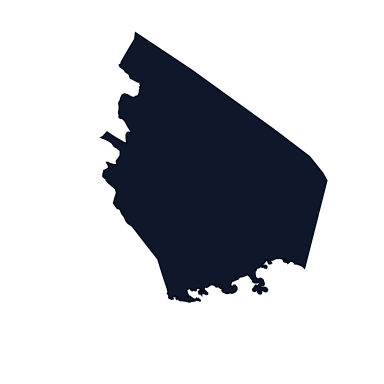 Agig, Red Sea, Sudan, rotated 124°
{"feature_id": "16777658B73946128996237", "entity_name": "Agig", "entity_type": "district", "adm_level": 2, "iso_a3": "SDN", "parent_name": "Sudan", "parent_adm1": "Red Sea", "projection": "equal_earth", "projection_center": [38.237, 17.867], "detail": "fine", "context": "isolated", "style": "filled", "palette": "ink", "viewbox_px": 384, "rotation_deg": 124, "n_neighbors": 0, "source": "geoboundaries", "source_scale": "gbopen_adm2", "svg_char_len": 5983}
<svg xmlns="http://www.w3.org/2000/svg" viewBox="0 0 384 384"><g transform="rotate(124 192 192)"><path d="M91.6,327.8L97.2,324.9L112.4,324.1L124.1,323.2L124.9,321.8L125.9,322.8L126.6,322.8L127.1,323.3L128.0,322.5L128.4,320.8L128.5,317.0L128.7,316.2L129.5,314.3L129.5,310.0L130.0,309.4L132.1,306.7L131.8,305.9L131.6,303.8L131.5,302.6L131.3,301.1L131.3,299.9L131.0,298.6L129.7,295.6L130.4,296.0L131.0,295.8L131.6,295.2L132.9,293.1L134.2,294.0L134.9,292.9L136.3,292.7L139.5,291.0L143.1,290.5L143.5,291.5L144.0,291.9L144.5,292.2L145.2,292.3L146.4,293.3L147.1,295.1L147.3,295.9L147.5,300.1L148.1,301.3L148.2,302.2L148.6,303.0L150.4,304.0L152.1,303.9L153.7,303.6L154.7,303.3L156.4,302.6L158.3,302.7L160.0,301.8L161.5,300.3L164.4,298.4L166.3,297.7L167.2,297.2L168.8,295.4L170.9,294.1L170.9,292.7L170.2,291.5L170.0,289.6L170.9,286.5L173.2,282.4L176.3,275.3L177.1,275.4L177.5,277.1L178.2,278.4L179.0,278.8L180.5,278.7L181.5,278.5L182.9,277.5L185.7,275.4L187.8,273.4L189.0,275.1L189.1,275.9L189.2,278.6L189.5,282.0L189.7,284.8L189.8,288.2L189.8,296.0L192.4,296.4L195.2,296.7L196.4,297.1L197.6,297.8L196.8,294.2L196.4,292.6L196.2,290.1L196.0,286.2L196.4,285.0L197.6,282.2L197.6,280.7L197.4,279.4L197.6,276.4L197.8,274.8L198.2,274.2L201.9,271.8L204.8,271.8L208.5,272.0L209.3,271.5L210.1,270.5L211.4,269.2L211.8,270.0L213.4,272.7L214.3,276.1L214.6,278.1L215.2,279.2L215.7,278.4L216.5,276.6L218.7,274.1L219.4,274.8L220.5,275.4L221.4,275.7L223.5,277.0L224.2,276.7L224.8,276.3L225.8,276.2L227.5,275.5L229.0,274.4L229.3,270.3L230.3,269.6L231.2,266.0L231.6,262.0L232.2,257.2L234.9,253.9L235.5,253.9L237.2,253.3L239.5,252.7L245.1,250.8L247.4,244.7L246.8,243.7L246.6,242.8L246.9,241.1L247.6,240.3L248.8,238.7L249.5,237.0L250.3,234.5L253.1,229.9L253.8,227.1L253.7,222.4L254.4,220.6L255.1,218.2L255.9,215.6L256.6,213.8L262.5,195.7L266.6,182.8L277.3,169.6L285.7,158.6L288.5,155.6L289.6,155.7L289.8,155.7L289.6,155.7L288.6,155.6L289.8,155.7L290.4,153.8L290.9,153.0L291.6,152.6L292.3,152.5L292.8,151.5L292.7,150.8L292.2,148.9L291.1,147.9L290.6,148.6L290.5,149.3L289.9,149.7L289.2,149.5L288.5,148.0L287.8,148.1L287.4,147.2L287.9,146.9L287.4,146.2L288.0,145.6L288.5,145.7L289.1,145.4L289.4,145.0L288.8,144.9L287.7,144.9L287.4,144.5L287.8,144.3L288.2,143.8L288.7,144.5L288.6,141.2L288.1,140.3L287.4,139.4L287.0,138.4L286.7,137.5L285.8,136.4L285.9,135.7L285.3,134.7L285.0,133.8L284.8,132.9L284.3,132.1L283.0,131.7L282.5,130.7L281.8,130.0L281.2,129.3L280.4,128.6L279.6,128.2L278.8,128.0L278.6,127.5L278.8,126.8L278.2,125.9L278.1,125.0L277.7,124.4L277.1,124.7L277.0,126.5L276.7,127.0L277.8,127.2L277.5,128.7L278.4,128.6L279.6,129.8L279.9,132.8L279.6,135.6L281.0,136.5L281.6,137.4L281.1,138.3L279.8,137.2L279.3,137.9L278.3,139.7L276.3,141.6L275.2,141.5L274.0,140.7L272.9,139.5L273.8,138.1L273.8,136.7L272.9,136.1L272.1,136.3L272.1,134.1L271.5,133.6L270.9,133.8L269.8,134.3L268.5,133.5L267.9,132.4L268.0,130.0L267.7,128.8L266.9,127.9L267.1,127.3L267.8,127.2L268.7,128.4L269.3,129.0L270.1,129.0L270.1,129.8L269.4,129.8L269.5,130.4L270.7,131.0L271.4,130.4L272.5,129.1L271.6,127.9L272.0,126.6L271.4,127.1L270.7,126.8L270.0,126.1L269.3,125.4L269.1,124.2L269.0,122.8L268.4,122.2L267.9,123.3L267.5,123.4L267.2,121.8L266.9,124.0L266.5,125.1L266.5,127.1L265.7,127.7L265.1,128.1L264.1,128.5L263.2,127.8L262.8,126.6L261.9,125.9L260.7,125.7L260.2,125.4L260.0,126.8L259.9,125.6L259.5,124.9L258.5,125.2L257.9,124.2L257.6,123.4L257.1,123.2L256.9,122.0L256.8,120.4L257.1,118.9L256.5,118.2L255.7,116.9L255.5,116.2L255.8,115.4L255.8,114.8L255.6,114.1L254.8,113.7L255.6,111.5L256.0,111.7L256.6,112.3L257.1,111.7L257.3,110.9L257.4,110.0L257.3,109.0L257.0,107.8L256.6,106.4L255.5,105.1L254.2,104.2L253.7,102.6L252.5,101.4L250.8,100.5L249.3,100.2L248.2,100.2L247.3,100.5L246.5,101.1L245.9,101.9L245.5,102.9L245.3,103.9L245.4,104.6L245.8,105.2L247.5,105.2L247.7,105.8L248.1,106.8L249.0,107.4L249.2,107.7L248.3,107.8L247.2,108.1L246.4,108.5L245.1,108.8L244.3,109.0L242.8,108.2L241.1,107.0L239.4,106.0L238.7,105.3L237.8,105.3L237.1,105.6L236.6,105.0L235.7,104.7L235.4,104.9L235.1,104.3L234.5,103.4L234.0,103.1L233.7,102.7L233.3,102.7L233.1,102.3L232.5,101.9L231.7,101.1L230.8,100.7L229.7,100.1L229.4,98.8L229.6,97.9L229.9,96.8L230.0,96.3L229.9,95.4L230.4,95.1L230.7,94.4L231.1,92.8L231.6,91.9L232.4,91.6L232.4,90.4L232.2,89.3L231.2,87.7L230.2,86.8L229.5,86.5L229.2,86.0L229.5,85.2L230.4,84.9L231.8,84.9L234.2,85.2L234.1,85.4L233.7,86.1L233.6,86.9L234.1,87.2L235.5,87.2L236.5,87.0L238.6,87.3L239.7,86.4L239.6,85.0L239.1,84.2L238.1,83.7L237.3,83.4L236.4,82.6L236.7,82.5L237.1,82.2L237.8,81.9L238.4,81.5L238.9,79.7L238.3,78.3L237.5,77.9L236.4,78.2L235.8,79.1L236.0,80.7L236.2,81.8L235.4,81.1L234.6,79.5L234.2,78.3L234.0,77.5L233.8,76.4L233.5,75.2L232.3,74.3L231.0,74.6L230.5,75.2L230.0,76.4L230.3,78.1L231.0,79.4L232.3,80.3L232.7,81.0L232.6,81.9L231.0,82.1L230.1,81.0L228.7,80.5L227.8,80.7L226.9,81.7L225.2,84.0L225.0,85.8L225.3,87.0L226.2,87.8L227.5,88.3L227.6,88.9L227.3,90.9L226.7,92.1L225.2,93.6L222.7,95.4L221.8,95.4L221.4,95.1L220.6,95.5L219.5,95.6L218.7,95.6L217.8,94.6L217.0,94.0L216.1,94.0L215.3,94.4L215.4,93.5L215.0,92.8L215.2,92.0L214.8,91.3L214.5,91.1L213.7,90.9L214.1,90.1L214.3,89.3L213.7,87.8L212.6,87.8L211.8,88.4L211.6,89.9L212.0,90.5L212.6,91.2L212.9,91.9L213.8,93.2L213.7,93.5L213.4,93.9L212.8,93.8L211.4,92.8L210.5,92.5L209.6,92.4L208.5,92.4L207.9,93.1L207.6,93.2L206.6,91.9L206.7,91.5L207.0,90.9L206.7,90.4L207.3,90.0L208.1,88.9L208.4,87.8L207.5,86.8L206.6,86.2L206.0,86.8L205.6,88.8L205.4,89.3L204.7,88.8L204.0,88.1L203.0,86.8L201.5,86.1L199.9,85.0L199.5,84.8L199.1,83.7L197.8,82.3L197.5,81.4L197.0,80.1L196.4,78.7L195.7,77.9L195.7,76.6L195.8,76.3L196.0,76.6L196.1,77.7L196.5,78.3L197.2,78.5L197.8,77.8L198.3,76.4L197.4,74.4L197.2,74.7L196.9,74.0L197.0,73.4L197.5,72.7L196.0,72.2L194.7,72.5L193.6,70.6L193.1,68.6L194.1,66.7L193.0,64.8L192.5,63.2L191.8,60.5L191.8,57.9L192.2,56.2L191.7,56.3L107.1,86.7L103.3,94.2L97.0,114.4L94.5,158.1L91.2,259.9L91.6,327.8Z" fill="#0f172a" stroke="#020617" stroke-width="1.5"/></g></svg>